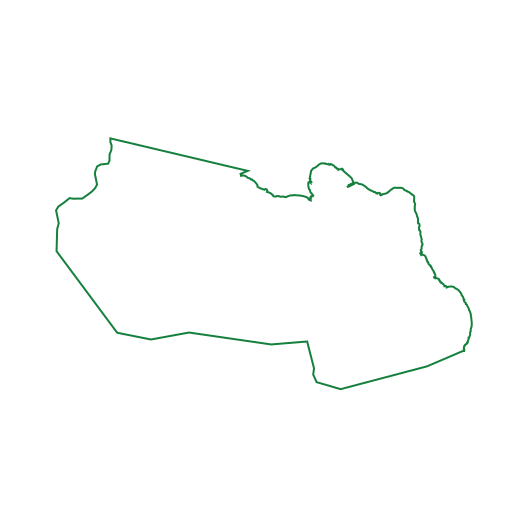 Ordome, Palau, rotated 254°
{"feature_id": "81905179B69517244030983", "entity_name": "Ordome", "entity_type": "district", "adm_level": 2, "iso_a3": "PLW", "parent_name": "Palau", "parent_adm1": "", "projection": "albers", "projection_center": [134.556, 7.371], "detail": "fine", "context": "isolated", "style": "outline", "palette": "green", "viewbox_px": 512, "rotation_deg": 254, "n_neighbors": 0, "source": "geoboundaries", "source_scale": "gbopen_adm2", "svg_char_len": 6133}
<svg xmlns="http://www.w3.org/2000/svg" viewBox="0 0 512 512"><g transform="rotate(254 256 256)"><path d="M107.3,429.8L108.7,430.5L109.5,430.0L110.1,430.5L110.7,430.8L111.7,431.0L112.1,431.7L112.4,431.8L112.7,432.5L113.1,432.6L113.4,433.4L113.3,433.8L113.8,435.0L114.7,435.0L114.8,435.8L116.3,436.5L117.7,437.6L118.9,437.8L118.8,438.4L121.0,439.9L122.0,440.4L123.2,440.7L123.6,440.7L124.2,441.5L126.6,442.3L128.8,443.8L131.2,444.7L134.0,445.3L136.5,445.7L137.4,446.0L138.6,445.9L140.6,446.4L142.2,446.4L144.3,446.3L145.1,445.9L146.6,446.0L148.0,445.8L149.4,445.4L151.2,445.2L151.8,444.5L152.2,444.7L153.1,444.6L153.9,444.1L154.8,443.7L155.3,443.6L156.6,444.2L156.9,443.6L157.6,443.8L159.7,443.7L160.9,443.2L161.8,442.8L162.7,443.0L163.9,442.7L165.0,442.3L167.5,441.2L169.8,439.1L170.0,438.6L171.7,437.7L172.9,435.4L173.4,432.7L173.2,430.8L173.8,431.0L174.1,430.7L174.7,430.4L174.7,429.5L175.1,429.3L175.1,428.8L175.8,428.9L176.7,428.6L178.4,427.5L178.7,426.9L179.0,427.1L180.5,426.3L180.5,425.9L181.5,425.6L181.9,425.8L182.4,425.7L182.6,425.3L183.5,425.4L184.5,424.1L185.0,423.5L185.1,422.1L185.4,422.0L185.7,421.9L186.1,421.5L186.3,421.2L186.6,421.3L186.5,422.2L186.9,422.8L187.4,423.0L187.9,422.9L188.5,423.1L189.3,423.1L190.0,422.7L190.8,422.9L191.4,422.5L192.3,422.7L193.3,422.2L194.5,421.9L195.3,421.7L196.5,421.7L197.0,421.2L197.5,421.0L197.7,421.3L198.3,421.3L199.0,420.7L199.5,420.6L199.9,420.1L200.2,420.1L200.8,419.7L201.6,419.6L201.9,419.8L202.3,419.7L202.9,419.7L203.1,419.4L203.3,419.1L203.5,419.1L203.6,419.3L203.9,419.2L204.8,419.3L205.4,418.9L205.8,419.2L206.1,419.2L206.3,419.1L206.9,419.0L207.6,418.8L208.4,418.9L208.8,418.7L209.6,418.5L210.3,417.9L211.4,416.5L211.5,415.9L211.4,415.5L211.3,415.1L212.0,415.0L212.4,415.4L212.8,415.4L212.9,414.8L213.3,414.6L213.8,415.9L213.6,416.3L214.1,416.6L214.4,416.4L214.3,415.8L214.9,416.1L215.6,416.0L216.0,415.9L216.3,416.0L216.5,416.5L217.0,416.7L217.3,417.1L218.2,417.5L218.6,417.5L219.7,417.9L220.4,418.8L221.2,418.9L221.5,419.4L223.1,419.3L224.2,419.0L225.4,419.3L226.2,419.9L228.5,419.9L232.0,420.0L233.7,420.8L235.3,420.6L235.7,420.0L237.3,420.3L238.5,420.4L238.9,420.6L239.3,421.3L240.2,421.6L241.8,421.8L242.6,421.2L242.7,420.9L243.2,420.8L243.5,421.0L244.4,421.3L245.4,421.4L245.8,421.7L247.3,422.0L249.2,421.9L249.5,421.7L250.1,421.8L252.4,421.9L254.5,421.3L255.2,421.4L255.8,421.2L256.3,421.3L257.1,421.4L258.1,421.7L258.4,422.0L259.0,422.0L259.7,422.1L260.4,422.5L260.8,422.6L261.0,422.8L261.8,423.2L262.4,423.3L264.0,423.1L265.0,422.8L265.6,423.3L266.2,423.4L267.2,423.8L267.5,423.8L268.2,424.1L269.2,424.4L269.8,424.4L270.4,424.3L271.1,423.9L271.3,423.6L272.2,422.8L272.7,422.6L273.3,422.2L273.5,421.8L273.9,421.6L274.6,421.3L275.8,420.0L276.0,419.7L276.5,419.3L276.4,419.1L277.6,418.2L277.8,417.6L278.2,417.2L278.6,416.8L279.2,416.5L279.4,416.5L279.8,416.3L280.5,415.8L280.9,415.4L281.4,414.6L281.9,413.3L281.9,412.7L282.1,412.1L282.5,411.4L282.6,410.1L283.4,408.5L283.5,407.7L283.3,407.1L283.3,406.2L283.0,405.7L282.7,405.0L282.7,404.5L282.6,404.0L281.4,401.8L281.3,401.1L280.9,400.7L280.8,400.2L280.6,400.0L280.7,399.5L280.5,399.3L280.2,398.0L280.5,395.2L280.4,394.5L280.1,394.1L280.0,392.6L280.5,392.3L280.6,392.8L281.5,392.7L282.1,392.5L282.7,392.0L282.9,391.5L283.0,390.9L282.9,390.2L282.5,389.8L282.8,389.4L283.3,389.2L283.3,388.8L283.8,388.7L284.6,388.1L285.0,386.9L285.5,386.7L287.3,384.6L287.9,383.6L288.4,383.5L288.7,383.0L289.2,382.7L290.0,381.9L290.5,381.4L291.2,381.3L292.0,380.8L292.2,380.5L292.8,380.1L293.4,379.7L294.8,378.4L295.7,377.5L296.0,376.7L296.5,375.9L296.9,374.8L297.7,374.2L298.7,373.2L299.2,371.1L298.7,370.5L298.3,370.3L297.5,366.3L297.1,363.4L297.5,363.3L297.8,364.7L298.7,364.7L299.0,367.3L299.5,369.8L300.1,369.8L301.2,369.8L304.6,369.3L307.0,367.9L309.7,366.1L310.4,365.6L312.4,364.3L313.3,363.8L314.0,363.3L314.4,363.4L314.7,363.1L315.4,363.3L315.8,363.2L316.2,362.8L316.3,362.6L315.9,361.9L316.0,361.7L316.2,360.6L316.4,359.7L316.3,359.3L316.5,359.4L317.1,359.1L317.5,358.5L317.6,357.9L318.0,357.9L318.4,357.5L319.0,357.3L319.0,356.9L319.4,356.5L319.7,356.6L320.4,356.3L321.3,355.8L322.4,354.6L322.8,354.4L323.1,354.1L323.3,353.7L323.9,353.2L323.9,352.4L323.4,352.4L323.5,351.6L324.1,351.0L324.5,350.8L324.4,350.5L325.4,348.3L326.0,348.0L326.2,346.6L326.5,346.2L327.0,344.7L327.0,343.5L326.5,341.7L325.8,340.1L324.8,337.9L324.5,336.0L324.5,335.2L323.1,333.0L322.5,332.3L321.6,332.0L318.3,330.2L317.7,330.1L317.2,329.7L316.8,329.6L316.4,329.4L315.8,328.9L315.2,328.8L314.7,328.9L314.7,329.2L314.2,328.9L313.9,328.9L313.2,328.7L313.0,329.0L312.8,329.0L312.4,329.5L311.9,329.6L311.9,329.1L312.1,328.6L311.9,328.4L311.6,328.4L312.3,327.9L312.5,327.4L312.3,326.8L311.7,326.3L310.5,326.1L308.5,325.5L306.9,325.4L305.4,325.5L304.7,326.0L302.5,325.9L301.7,326.1L301.0,326.7L300.3,326.9L299.6,327.0L299.0,327.3L298.6,327.7L297.8,327.1L298.1,326.1L298.2,325.2L297.9,324.9L297.6,324.9L297.2,325.0L296.3,324.4L295.7,324.2L295.0,324.2L294.3,324.0L294.9,323.2L295.1,323.5L296.0,323.8L296.6,323.5L296.7,323.1L296.5,322.6L295.9,322.4L296.3,322.1L297.0,322.1L298.6,320.9L300.4,318.2L301.9,315.2L302.7,313.2L303.2,311.4L304.1,309.6L304.1,307.7L304.6,307.0L304.7,305.3L304.7,304.0L304.7,303.0L304.3,301.2L304.7,300.2L305.8,298.2L306.2,295.8L307.4,294.2L307.9,292.5L307.6,291.4L308.0,290.3L308.9,289.1L310.2,288.9L310.9,288.1L311.7,287.9L313.3,286.2L314.6,284.2L315.5,284.9L317.2,284.6L317.8,283.4L317.3,282.5L319.8,278.9L321.4,277.2L322.2,276.5L323.9,276.9L326.8,275.8L328.9,274.6L329.7,273.6L330.8,273.2L330.8,272.4L332.2,271.5L333.4,269.7L334.5,269.0L336.2,267.5L336.6,266.3L337.2,265.6L337.1,263.8L339.2,263.8L339.4,265.5L339.9,269.5L340.1,271.5L409.2,148.4L405.3,147.4L401.9,147.7L397.9,146.2L393.9,143.2L387.9,141.4L385.5,139.3L386.8,132.1L385.9,128.0L381.4,124.6L379.1,123.7L368.5,122.9L365.8,120.3L363.3,116.3L361.4,111.4L359.1,104.7L360.7,99.0L361.2,96.8L363.0,92.7L360.2,86.0L358.0,79.6L355.0,76.4L341.8,75.4L336.7,72.3L315.6,65.6L220.5,101.4L204.7,132.0L200.9,170.5L166.8,246.2L159.7,281.6L132.0,280.8L126.3,278.3L118.0,279.5L104.7,300.6L102.8,389.9L107.6,428.1L107.3,429.8Z" fill="none" stroke="#15803d" stroke-width="2"/></g></svg>